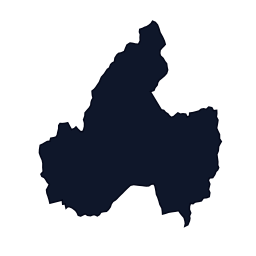 Massaranduba, Santa Catarina, Brazil (Robinson projection), rotated 174°
{"feature_id": "56859067B40963919376977", "entity_name": "Massaranduba", "entity_type": "district", "adm_level": 2, "iso_a3": "BRA", "parent_name": "Brazil", "parent_adm1": "Santa Catarina", "projection": "robinson", "projection_center": [-48.993, -26.644], "detail": "fine", "context": "isolated", "style": "filled", "palette": "ink", "viewbox_px": 256, "rotation_deg": 174, "n_neighbors": 0, "source": "geoboundaries", "source_scale": "gbopen_adm2", "svg_char_len": 2940}
<svg xmlns="http://www.w3.org/2000/svg" viewBox="0 0 256 256"><g transform="rotate(174 128 128)"><path d="M92.4,231.7L94.1,229.5L96.3,228.0L98.8,226.8L100.8,226.4L103.1,225.5L106.0,224.9L106.6,222.3L105.9,219.8L106.5,217.0L106.7,213.5L108.8,210.2L111.8,210.7L114.3,211.6L117.1,212.3L120.3,210.7L122.0,207.7L123.6,204.5L127.0,203.4L129.5,203.2L131.3,201.9L133.6,199.0L134.6,195.2L136.9,194.3L138.6,192.9L140.2,189.7L142.4,188.5L143.8,186.8L145.9,184.2L149.1,181.3L151.7,176.5L153.9,173.9L155.8,171.6L157.5,170.0L159.9,168.5L160.0,164.4L159.6,161.4L161.1,159.5L162.0,157.3L162.6,154.4L164.4,152.0L166.7,149.9L169.1,147.6L169.6,144.4L171.3,140.9L170.7,137.6L171.1,134.1L172.2,131.1L173.4,129.1L175.7,129.4L178.2,132.3L179.6,134.5L181.5,133.0L184.4,132.3L186.0,135.9L187.4,139.5L190.2,139.2L192.9,139.2L195.1,139.6L196.6,137.8L197.0,134.5L198.2,131.2L199.1,128.2L200.6,126.5L203.1,126.1L205.9,125.9L207.0,123.0L209.7,123.0L212.5,121.8L214.4,120.9L217.1,120.0L218.2,115.8L218.7,112.5L217.9,109.1L216.6,105.1L216.3,101.7L216.8,97.6L216.9,93.5L219.4,91.2L218.7,88.9L216.4,87.5L215.2,85.5L213.9,82.6L212.1,80.2L214.0,77.1L215.5,75.0L215.4,71.6L214.6,68.3L213.9,64.7L213.5,61.4L200.9,63.2L200.9,59.0L198.5,59.1L198.0,54.7L196.2,56.1L194.1,55.7L191.7,54.3L188.7,51.4L187.4,49.1L186.6,46.4L184.3,45.4L181.9,46.3L179.5,47.1L177.4,45.4L174.4,44.7L171.9,45.4L169.9,45.2L167.7,43.8L165.5,44.9L163.8,47.1L161.3,47.4L158.1,47.4L156.1,48.9L153.9,51.4L152.6,54.3L150.7,56.5L148.0,57.8L146.3,59.1L144.6,60.6L142.5,62.3L140.4,63.9L138.4,65.6L135.8,67.7L131.7,70.8L128.3,71.2L124.9,70.4L122.1,69.8L120.0,69.4L118.0,68.9L115.8,68.4L113.4,68.3L110.8,69.7L108.1,69.7L107.2,67.4L106.9,64.8L106.7,61.9L106.6,59.0L105.6,56.1L104.8,52.4L104.2,48.6L102.6,44.7L102.5,41.4L102.6,38.8L99.5,39.3L96.5,40.0L93.2,40.2L89.7,40.3L86.2,40.5L84.8,37.8L83.5,35.8L81.6,33.1L81.0,29.6L80.9,27.0L81.8,24.3L78.6,25.5L76.6,29.3L75.9,31.8L76.1,34.1L74.5,36.9L75.5,40.5L75.0,43.8L73.8,46.5L71.2,45.9L69.4,47.2L67.3,47.5L64.8,47.6L62.6,47.9L60.4,50.5L56.9,50.5L54.4,51.2L53.4,55.1L54.4,58.4L53.6,60.6L52.5,63.7L53.6,67.5L52.2,69.8L48.9,69.8L46.6,72.6L45.1,75.5L43.2,77.0L42.0,79.1L42.7,81.7L42.2,85.0L42.3,88.9L42.4,92.5L40.6,95.9L39.8,100.2L38.1,102.8L36.6,104.8L38.1,107.7L37.7,112.0L38.9,115.3L39.9,118.6L38.7,122.7L37.7,126.5L39.0,129.8L38.2,133.1L38.0,136.3L41.2,136.3L42.5,139.4L45.5,140.4L48.2,138.3L50.7,139.2L53.2,139.0L55.6,137.5L58.5,137.0L61.8,136.5L65.1,136.4L65.5,133.6L68.0,132.7L69.2,135.8L71.9,136.4L74.6,136.3L76.8,137.8L79.0,136.3L81.5,134.5L84.0,134.1L85.8,136.0L86.9,137.9L89.0,139.5L90.6,141.8L93.0,142.6L102.0,161.8L98.3,162.7L96.9,165.3L94.5,167.7L93.7,170.2L92.0,172.4L89.5,174.0L86.3,176.2L83.9,178.4L82.5,181.6L82.8,184.2L82.9,188.0L84.4,190.3L85.8,193.6L88.3,196.5L88.6,199.1L87.9,202.2L85.6,204.4L83.9,205.7L82.2,207.3L82.8,210.7L84.2,214.9L86.2,219.6L86.9,223.6L87.9,227.4L89.8,230.2L92.4,231.7Z" fill="#0f172a" stroke="#020617" stroke-width="1.5"/></g></svg>